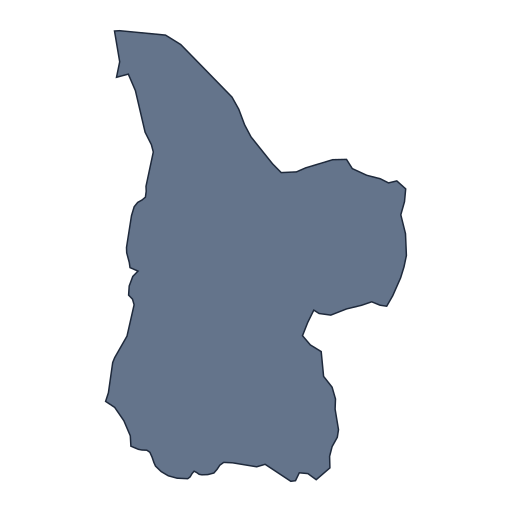 Léraba, Robinson projection
{"feature_id": "BFA-2835", "entity_name": "Léraba", "entity_type": "Province", "adm_level": 1, "iso_a3": "BFA", "parent_name": "Burkina Faso", "parent_adm1": "", "projection": "robinson", "projection_center": [-5.276, 10.67], "detail": "fine", "context": "isolated", "style": "filled", "palette": "slate", "viewbox_px": 512, "rotation_deg": 0, "n_neighbors": 0, "source": "natural_earth", "source_scale": "10m", "svg_char_len": 1467}
<svg xmlns="http://www.w3.org/2000/svg" viewBox="0 0 512 512"><path d="M187.7,478.7L177.1,478.2L168.3,475.8L161.2,471.6L155.5,466.1L153.9,462.5L152.1,457.2L149.9,452.3L146.8,450.2L141.9,450.0L138.3,449.3L130.9,446.2L130.3,435.8L123.9,420.8L114.7,407.4L105.6,401.4L108.4,392.8L112.7,362.5L114.7,357.6L127.0,336.1L134.1,304.8L132.5,299.2L128.6,295.1L129.2,286.0L132.8,276.4L138.0,271.1L130.0,267.6L129.3,262.6L126.7,252.8L126.5,247.5L131.5,215.6L134.2,206.7L137.7,202.4L142.0,200.0L145.4,197.2L146.2,191.3L146.0,186.3L153.3,152.0L151.4,144.7L145.1,132.2L135.4,90.6L128.3,74.1L116.5,77.3L119.7,61.8L114.5,31.0L119.6,30.7L165.5,35.1L180.8,44.6L232.0,97.1L238.8,109.3L244.6,124.8L251.0,136.9L272.6,163.9L281.2,172.6L296.4,171.9L305.8,167.8L332.7,159.7L346.5,159.4L352.3,168.6L366.8,175.3L380.4,178.8L388.5,182.9L396.8,180.9L405.7,188.9L404.5,201.7L400.8,214.8L405.5,233.7L406.4,255.5L404.0,266.9L400.6,277.9L392.7,295.8L386.7,306.2L380.0,305.2L371.7,301.8L361.5,305.3L346.6,308.9L330.8,315.1L319.1,313.5L313.8,310.1L307.7,322.5L302.5,335.7L310.3,344.9L321.2,351.6L323.6,376.4L332.1,387.2L335.5,399.0L335.1,409.1L338.5,429.7L337.3,437.3L332.1,446.6L329.6,456.3L329.9,467.9L316.2,479.7L307.9,473.6L299.3,472.8L295.5,480.7L290.8,481.3L265.1,464.3L256.7,466.8L232.5,462.8L223.7,462.4L219.8,465.2L217.1,469.3L213.9,473.0L207.8,474.6L201.8,474.8L199.1,474.3L196.8,472.6L194.1,471.2L192.1,473.5L190.1,476.9L187.7,478.7Z" fill="#64748b" stroke="#1e293b" stroke-width="1.5"/></svg>